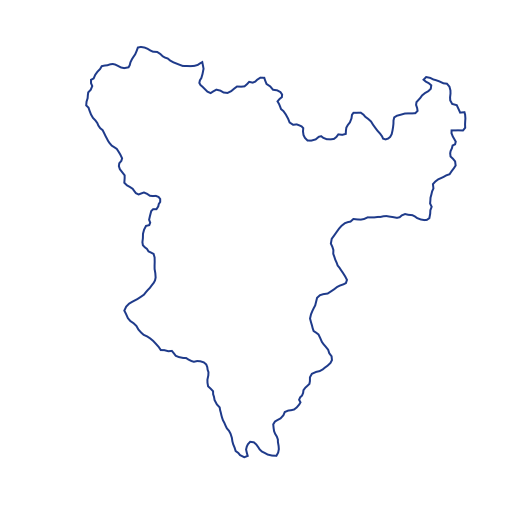 outline of Ponto dos Volantes, Minas Gerais, Brazil, rotated 278°
{"feature_id": "56859067B62392836806132", "entity_name": "Ponto dos Volantes", "entity_type": "district", "adm_level": 2, "iso_a3": "BRA", "parent_name": "Brazil", "parent_adm1": "Minas Gerais", "projection": "albers", "projection_center": [-41.466, -16.842], "detail": "fine", "context": "isolated", "style": "outline", "palette": "blue", "viewbox_px": 512, "rotation_deg": 278, "n_neighbors": 0, "source": "geoboundaries", "source_scale": "gbopen_adm2", "svg_char_len": 6022}
<svg xmlns="http://www.w3.org/2000/svg" viewBox="0 0 512 512"><g transform="rotate(278 256 256)"><path d="M56.6,267.9L55.1,272.4L56.9,275.6L59.8,274.3L63.0,273.1L66.0,273.4L68.5,274.2L71.2,276.1L71.2,279.8L69.4,282.5L66.8,285.0L65.0,286.5L63.2,289.0L62.1,292.3L61.0,295.2L60.6,299.7L61.0,304.0L64.4,305.3L67.9,305.5L71.1,304.8L74.8,303.6L77.3,303.2L80.0,301.8L82.6,299.7L85.0,298.3L88.0,297.4L91.7,296.5L94.7,297.8L96.4,299.9L98.6,302.9L102.1,305.3L105.5,306.2L107.4,309.4L108.3,312.6L109.3,315.1L111.7,317.4L115.0,319.5L117.3,320.4L119.6,318.7L122.2,319.4L124.2,321.0L126.9,321.7L129.8,321.7L132.5,323.2L134.4,324.8L136.8,326.7L139.6,326.8L143.4,326.3L147.1,327.7L149.6,331.7L150.9,335.1L153.0,337.9L154.9,339.6L157.3,342.1L160.4,344.6L163.5,345.7L167.2,344.8L169.9,342.1L173.2,340.5L176.0,337.5L178.0,335.2L180.1,333.2L183.7,331.0L187.0,328.8L188.5,326.1L189.7,323.5L192.5,322.1L195.0,321.1L197.8,319.8L201.6,318.2L206.0,318.6L209.5,319.5L212.3,320.4L215.3,321.5L219.2,321.9L223.1,322.3L226.1,324.8L227.6,328.0L228.8,332.2L231.5,335.3L234.0,338.1L236.6,340.6L238.4,343.2L240.2,346.7L241.7,348.8L245.0,349.4L248.1,347.2L251.3,344.5L253.9,342.1L256.1,340.2L257.9,338.2L260.4,336.9L263.4,335.0L266.1,333.7L268.9,332.2L272.7,331.8L275.8,330.3L278.7,328.4L283.6,328.6L287.5,330.7L291.6,332.8L294.8,334.5L297.8,336.5L300.9,339.5L302.4,342.4L303.2,344.8L306.2,347.3L306.3,351.1L306.6,354.7L307.7,357.9L309.8,361.2L310.7,367.8L311.6,371.1L312.0,373.8L313.1,376.7L313.7,379.6L313.6,382.7L313.6,386.0L313.4,390.3L314.4,392.9L316.5,394.7L318.3,397.8L318.0,401.0L318.2,405.1L317.3,407.8L316.0,410.2L315.1,414.1L315.0,417.7L315.5,420.1L317.6,422.4L322.1,422.6L325.6,422.3L329.2,423.1L332.2,421.1L335.6,420.9L338.0,420.7L341.2,421.1L344.5,421.4L347.6,422.3L351.8,421.2L354.7,423.2L357.3,425.8L358.9,428.4L360.4,430.7L362.4,433.3L363.9,436.3L367.2,437.9L370.6,439.8L373.4,441.1L377.4,440.0L379.7,437.5L381.6,434.8L384.7,434.0L387.0,434.1L389.9,435.0L392.8,435.3L394.3,437.6L397.0,437.9L399.5,436.0L401.8,434.2L404.8,432.5L407.6,432.2L408.1,435.8L408.6,438.8L409.1,443.5L412.1,445.3L415.4,444.7L418.6,444.4L421.4,444.2L425.1,443.4L427.4,442.4L426.4,438.2L429.6,436.2L433.3,433.8L433.9,429.1L437.1,426.7L440.1,426.1L443.9,426.0L447.0,425.5L450.6,424.0L453.2,421.1L453.1,417.6L454.5,413.0L455.2,409.5L455.5,407.0L456.6,403.8L456.9,399.6L453.9,397.4L452.3,399.9L451.2,403.0L449.4,405.8L445.9,405.8L443.2,403.7L440.9,400.7L438.1,398.1L435.4,396.7L433.2,395.2L430.7,393.5L427.9,393.5L424.9,395.0L422.2,395.8L419.6,393.9L418.9,390.6L418.4,386.9L417.8,383.6L416.2,380.0L414.5,376.0L412.5,373.6L409.4,373.3L406.0,373.7L402.6,373.8L399.1,373.7L395.5,373.4L392.6,372.3L390.7,370.5L389.5,368.1L389.9,365.5L392.0,364.2L394.4,361.9L397.0,358.8L399.4,356.4L402.3,353.6L405.2,351.2L407.3,348.1L409.1,344.8L410.9,342.8L412.5,339.8L411.9,336.2L411.4,332.6L409.2,331.4L405.6,331.4L401.4,330.4L398.5,328.7L395.7,327.6L392.7,327.6L389.4,327.9L388.0,324.6L387.9,320.6L385.0,319.0L382.8,316.9L381.9,313.7L381.5,309.7L382.4,306.1L383.7,303.9L382.8,301.6L379.8,298.9L378.0,294.8L377.5,291.0L379.8,288.0L382.4,286.2L385.9,285.2L389.2,285.0L390.7,283.1L391.4,280.7L392.0,278.0L391.1,274.5L392.9,270.7L396.4,268.7L400.3,265.8L403.3,263.0L405.0,260.3L407.1,259.2L409.7,257.7L412.1,255.8L414.8,257.5L416.9,259.5L419.5,259.4L421.7,257.4L423.0,253.9L423.0,249.7L425.9,246.5L427.8,242.5L431.3,240.5L433.6,239.4L433.2,235.5L430.7,232.6L428.6,231.0L427.2,228.6L427.5,225.0L424.8,223.1L422.4,221.0L421.6,217.8L421.2,213.6L418.7,211.1L415.8,208.5L413.5,205.1L413.4,201.1L414.8,197.7L415.2,193.6L413.1,190.8L411.0,188.4L412.0,185.0L414.1,182.2L416.2,179.4L417.6,177.2L419.5,175.8L422.2,176.0L424.6,177.1L428.8,177.7L434.1,178.0L437.1,177.0L440.5,175.8L438.9,173.7L437.1,171.7L435.7,168.5L434.9,164.8L434.5,160.9L434.0,157.0L434.9,153.0L435.7,149.7L436.3,147.2L437.6,143.8L439.3,141.1L439.8,138.3L440.8,135.8L442.7,133.2L444.3,129.8L444.0,125.5L444.8,122.8L446.1,119.8L446.9,116.7L447.0,112.9L446.0,110.0L442.6,109.3L438.9,108.3L436.1,106.9L433.7,105.8L430.3,104.7L427.4,104.4L425.1,103.5L423.7,99.4L423.9,96.1L425.1,92.7L426.0,89.9L426.2,87.4L425.5,84.9L424.2,82.3L423.5,79.5L422.5,76.8L419.5,75.6L416.5,73.4L413.1,71.6L409.2,70.5L407.5,68.1L404.1,68.6L401.5,70.2L397.6,69.2L394.7,67.1L392.0,67.1L388.8,67.3L385.2,66.7L381.5,66.9L379.6,69.5L376.8,70.9L373.2,72.9L370.1,75.3L367.9,78.1L365.5,80.4L363.3,81.7L360.9,83.9L359.3,86.6L356.7,88.4L353.7,90.4L351.8,91.8L349.4,93.5L347.6,95.1L345.2,97.8L344.0,100.5L342.7,103.2L340.4,105.2L337.6,107.5L334.1,109.8L331.4,109.4L328.8,107.7L325.9,107.7L323.0,109.1L320.2,112.0L317.6,114.7L314.7,115.1L310.2,115.4L308.0,118.4L306.9,121.3L305.4,124.5L303.6,126.2L301.5,128.3L300.6,131.2L302.0,133.7L303.3,136.2L302.4,139.5L300.9,142.5L301.0,145.5L301.6,148.5L300.9,151.3L299.1,153.2L296.2,153.6L294.0,152.5L291.5,152.3L288.5,150.9L288.0,147.6L285.9,146.0L280.8,145.4L277.0,145.1L274.3,146.6L271.7,146.0L270.5,142.9L266.5,141.5L262.3,141.0L257.9,141.5L253.8,141.6L250.9,142.5L249.1,144.8L247.9,147.0L245.6,148.9L244.8,151.5L243.8,154.3L240.4,155.8L236.0,156.5L232.3,156.9L229.0,157.4L224.9,158.7L220.7,159.6L217.8,159.4L215.3,158.5L212.2,156.7L209.6,155.3L207.3,153.6L205.0,152.1L202.1,150.4L199.6,147.7L196.8,144.5L194.8,141.7L193.2,139.5L191.1,136.9L187.8,134.5L183.6,133.2L180.6,135.3L176.6,137.8L174.1,140.6L172.4,144.1L170.1,147.3L166.8,149.8L164.2,152.9L162.3,155.7L161.2,159.4L159.7,162.6L157.6,166.0L155.1,169.1L152.4,172.3L149.6,174.8L150.0,178.3L149.5,182.5L150.3,185.9L148.0,188.4L146.0,190.4L145.2,193.6L144.9,198.0L145.2,201.1L144.1,203.4L143.0,206.7L142.6,209.2L143.8,212.4L144.0,215.5L143.4,219.1L141.7,221.8L139.2,223.2L136.7,223.9L134.3,225.1L131.1,225.4L126.7,225.1L123.7,225.6L120.3,226.7L118.2,229.7L116.1,232.3L113.1,232.8L110.7,234.0L107.6,235.0L103.6,237.9L101.0,241.1L98.4,241.9L96.1,242.9L93.7,243.8L91.4,244.8L88.8,246.1L86.5,247.8L83.7,249.5L81.3,251.1L79.1,253.6L76.5,255.5L72.6,257.4L69.2,258.4L66.4,259.6L63.2,261.5L60.0,263.0L58.5,265.9L56.6,267.9Z" fill="none" stroke="#1e3a8a" stroke-width="2"/></g></svg>